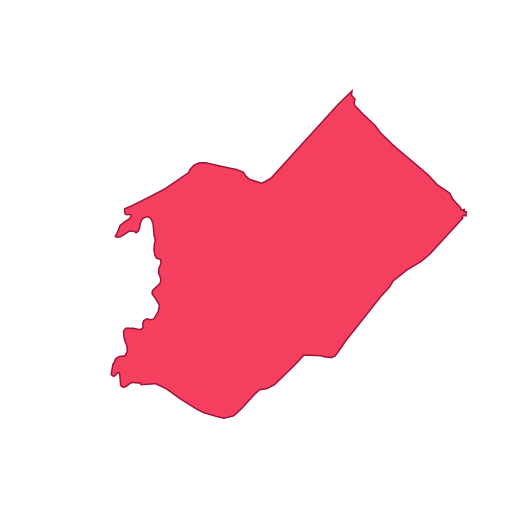 Konobo, Grand Gedeh, Liberia, rotated 222°
{"feature_id": "62588387B20671280647544", "entity_name": "Konobo", "entity_type": "district", "adm_level": 2, "iso_a3": "LBR", "parent_name": "Liberia", "parent_adm1": "Grand Gedeh", "projection": "natural_earth1", "projection_center": [-7.832, 5.841], "detail": "fine", "context": "isolated", "style": "filled", "palette": "rose", "viewbox_px": 512, "rotation_deg": 222, "n_neighbors": 0, "source": "geoboundaries", "source_scale": "gbopen_adm2", "svg_char_len": 2407}
<svg xmlns="http://www.w3.org/2000/svg" viewBox="0 0 512 512"><g transform="rotate(222 256 256)"><path d="M287.4,438.9L289.6,438.9L292.7,439.4L295.1,442.9L296.4,423.4L296.6,386.0L296.8,358.6L296.8,343.3L296.9,324.0L300.3,314.0L302.9,312.8L312.3,308.6L317.4,308.6L321.4,309.8L328.7,307.1L334.4,303.6L355.8,291.6L360.5,287.4L362.2,283.5L362.9,281.9L362.9,276.1L361.9,272.6L368.6,245.1L370.4,240.3L376.2,224.7L382.5,208.9L385.2,203.2L383.0,200.8L380.9,199.6L379.3,200.6L378.0,202.1L376.4,203.0L375.3,201.7L375.0,198.9L376.5,193.6L377.4,187.6L374.8,181.1L374.0,177.3L373.6,176.4L372.0,176.8L369.8,179.3L368.4,183.5L366.8,189.6L364.1,192.2L362.3,192.9L360.6,193.0L360.1,195.4L361.2,198.7L363.2,201.8L365.1,206.0L364.9,209.0L363.7,211.9L361.4,213.3L359.0,213.4L354.5,211.4L350.1,207.4L345.8,203.3L341.2,200.2L339.5,196.8L335.7,192.0L333.3,190.2L331.5,188.9L328.1,187.8L327.1,188.4L324.6,189.7L321.7,187.0L319.8,181.7L317.2,178.3L311.6,175.4L309.4,172.6L309.0,170.3L309.5,165.2L309.8,161.0L307.9,158.3L303.0,157.4L294.8,154.9L291.4,149.0L291.2,147.7L289.8,140.7L291.8,138.0L295.0,136.5L296.2,132.9L295.5,130.8L292.1,127.2L292.3,124.7L294.3,122.6L298.4,120.5L304.4,115.3L304.3,111.9L303.2,110.5L299.0,106.8L295.6,104.6L291.6,102.7L287.7,98.7L287.2,96.4L286.6,94.0L290.0,90.3L291.5,86.4L291.2,84.2L290.2,82.8L289.9,79.8L285.3,72.5L284.4,71.0L282.4,71.0L280.8,71.9L280.7,73.6L280.7,76.4L279.7,77.6L277.8,76.6L274.5,73.5L270.6,69.8L268.9,69.1L266.4,69.9L265.1,72.5L264.3,77.5L262.8,79.7L261.5,80.6L259.6,82.0L258.2,83.2L256.6,84.3L255.4,83.4L245.2,93.9L233.8,97.3L233.2,97.4L216.5,99.2L196.7,102.7L196.0,102.9L190.0,104.6L178.7,110.0L171.3,113.9L165.6,122.4L164.6,133.2L164.6,137.4L164.6,144.5L164.5,152.1L163.9,158.9L159.2,164.7L156.2,172.8L154.8,193.0L154.7,194.1L154.1,206.9L154.1,214.3L151.1,217.0L146.4,220.9L141.7,224.8L136.7,227.5L131.8,231.1L130.3,234.8L131.3,244.1L132.6,253.5L134.0,275.8L136.2,310.1L136.0,321.9L136.7,325.9L137.4,329.3L135.9,338.2L134.7,346.0L132.7,352.5L129.6,362.7L128.1,373.7L128.0,382.3L127.7,422.4L128.5,422.3L129.2,424.8L126.8,426.3L129.2,429.6L131.3,428.1L132.1,430.1L134.2,427.5L136.0,428.4L138.0,429.0L142.6,429.3L149.0,430.2L153.7,432.3L156.5,432.0L165.0,430.8L169.1,430.2L181.8,431.4L182.4,431.4L195.5,431.1L224.2,430.2L230.1,430.2L232.8,430.3L246.5,430.9L255.0,432.7L271.7,433.0L283.4,434.0L285.7,435.6L287.4,438.9Z" fill="#f43f5e" stroke="#9f1239" stroke-width="1.5"/></g></svg>